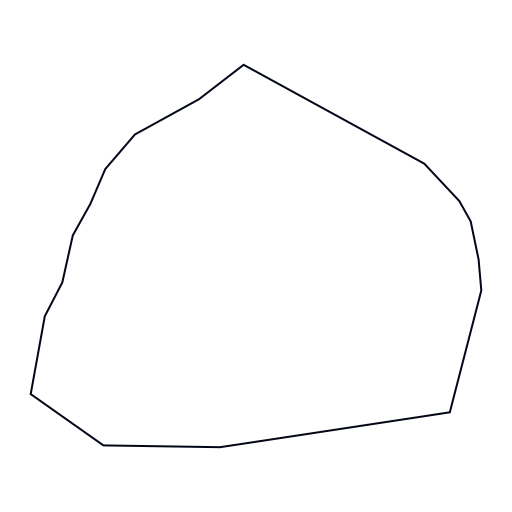 SVG path tracing the border of Trnovska vas
{"feature_id": "SVN-230", "entity_name": "Trnovska vas", "entity_type": "Municipality", "adm_level": 1, "iso_a3": "SVN", "parent_name": "Slovenia", "parent_adm1": "", "projection": "albers", "projection_center": [15.891, 46.523], "detail": "fine", "context": "isolated", "style": "outline", "palette": "ink", "viewbox_px": 512, "rotation_deg": 0, "n_neighbors": 0, "source": "natural_earth", "source_scale": "10m", "svg_char_len": 335}
<svg xmlns="http://www.w3.org/2000/svg" viewBox="0 0 512 512"><path d="M243.6,64.8L424.3,163.7L459.3,201.0L470.7,221.4L478.6,259.5L481.3,290.5L449.8,412.3L220.0,447.2L103.4,445.4L30.7,394.1L44.8,316.2L62.3,282.5L72.8,235.4L90.4,203.8L105.3,169.0L135.0,134.4L199.0,99.2L243.6,64.8Z" fill="none" stroke="#020617" stroke-width="2"/></svg>